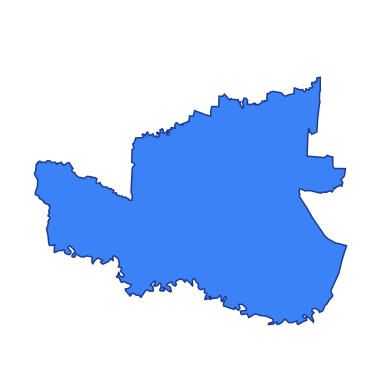 outline of Kota Jakarta Selatan, Jakarta Raya, Indonesia, rotated 95°
{"feature_id": "22746128B93686700937380", "entity_name": "Kota Jakarta Selatan", "entity_type": "district", "adm_level": 2, "iso_a3": "IDN", "parent_name": "Indonesia", "parent_adm1": "Jakarta Raya", "projection": "albers", "projection_center": [106.81, -6.284], "detail": "fine", "context": "isolated", "style": "filled", "palette": "blue", "viewbox_px": 384, "rotation_deg": 95, "n_neighbors": 0, "source": "geoboundaries", "source_scale": "gbopen_adm2", "svg_char_len": 5994}
<svg xmlns="http://www.w3.org/2000/svg" viewBox="0 0 384 384"><g transform="rotate(95 192 192)"><path d="M267.3,304.8L266.7,302.9L264.4,302.5L264.0,301.8L266.2,297.4L266.2,294.0L264.9,291.6L265.2,287.0L265.8,285.7L268.9,285.8L271.4,285.3L272.1,284.5L269.0,283.1L265.9,279.9L268.0,275.0L269.7,277.0L271.1,275.9L271.5,274.2L268.4,269.0L265.6,267.4L265.7,266.0L267.0,265.5L267.2,264.6L263.2,265.2L262.2,263.4L265.5,259.3L270.3,258.1L272.9,258.9L273.7,255.4L277.4,256.2L279.8,253.0L281.6,252.4L282.7,253.7L281.9,256.4L280.9,257.1L279.1,257.4L278.6,258.0L281.4,258.7L282.8,259.8L283.4,259.6L283.8,257.0L287.4,255.2L288.2,254.1L287.1,251.7L288.9,247.8L289.4,244.5L290.5,244.5L293.5,246.7L294.3,249.9L295.7,249.8L301.0,244.6L300.2,243.7L298.5,243.6L298.0,242.2L299.7,238.2L299.2,235.2L301.0,234.5L301.2,233.5L294.0,229.5L293.4,227.9L294.5,225.6L294.2,222.3L293.5,221.9L289.6,222.8L288.0,225.1L284.4,222.5L284.2,220.8L286.6,220.9L287.7,221.8L289.0,221.0L288.5,218.4L285.4,216.1L286.1,214.9L289.2,214.6L292.5,215.6L293.1,215.1L293.2,211.8L292.5,210.9L291.0,211.3L289.6,212.8L289.3,212.3L293.4,205.1L293.0,204.1L292.3,204.0L288.3,205.6L287.2,209.0L286.2,209.2L285.3,208.4L283.5,204.4L286.0,203.2L287.1,200.5L285.5,199.4L283.8,200.6L281.9,199.7L280.1,197.1L279.7,195.1L280.2,193.6L282.4,191.2L282.1,190.7L280.3,190.8L279.9,189.9L282.9,185.9L285.5,183.4L284.9,183.1L280.2,184.1L278.7,183.2L278.2,182.2L281.7,179.5L283.3,177.4L285.8,177.7L288.0,176.5L288.6,174.3L287.6,172.8L287.4,171.2L288.5,170.8L291.3,170.9L291.8,168.4L292.9,168.3L294.7,169.5L297.9,169.8L297.6,168.1L294.2,165.3L294.3,164.3L294.9,163.8L296.5,165.5L297.2,165.5L297.4,164.8L296.3,162.3L295.2,157.1L292.5,154.9L293.5,154.1L298.1,153.4L298.6,152.4L293.8,150.4L293.2,149.2L295.4,148.6L297.5,150.4L301.8,150.9L302.7,150.6L305.2,140.5L305.0,139.5L303.2,139.3L302.9,138.8L305.4,136.6L305.6,135.6L304.7,134.4L303.2,134.1L299.9,135.8L299.5,134.2L299.8,131.8L302.4,128.3L304.6,127.5L305.2,128.0L306.5,133.4L309.1,132.7L309.7,131.5L308.5,126.5L312.1,124.4L308.3,119.1L308.1,117.1L309.0,113.9L309.2,107.5L311.2,101.1L312.8,99.9L314.3,99.9L315.8,103.5L316.8,104.5L317.4,104.2L316.5,99.8L314.3,96.6L314.5,96.0L316.5,95.7L316.1,93.9L314.1,91.1L310.5,88.3L313.6,84.4L313.4,80.6L311.1,76.1L314.0,75.9L314.7,74.5L311.2,69.7L309.8,66.5L307.2,67.0L307.0,67.7L307.7,69.5L306.8,70.7L305.3,70.5L304.3,69.4L306.9,64.9L311.1,59.8L309.8,59.6L305.1,61.9L303.9,61.7L301.6,59.9L300.0,62.3L298.8,62.4L297.0,59.6L299.0,55.3L300.8,54.6L299.4,51.9L298.1,51.0L293.6,49.8L291.6,47.7L287.3,45.8L284.2,43.2L282.8,42.8L279.3,44.9L277.3,44.8L260.0,38.6L246.9,36.7L232.0,33.4L230.1,45.2L226.9,52.2L224.4,55.7L207.2,69.8L197.2,76.7L187.2,84.6L184.8,84.3L183.2,85.2L179.8,85.1L179.7,84.7L179.5,83.5L181.0,79.8L180.3,74.6L181.9,64.1L180.4,60.1L180.8,59.1L180.4,57.7L179.0,55.2L179.1,53.2L179.8,52.5L177.5,51.2L175.3,51.0L175.8,49.5L174.1,48.3L173.6,46.4L172.1,45.2L173.3,43.3L169.5,42.6L166.7,44.7L162.7,41.6L155.3,41.2L156.1,51.8L155.4,53.3L154.1,54.0L144.8,54.8L144.5,58.1L143.6,60.4L146.2,63.0L146.2,80.5L123.6,81.6L118.9,81.2L120.0,80.2L122.3,80.9L122.5,78.8L124.1,77.6L121.3,72.9L107.3,73.2L92.5,72.7L92.0,72.3L87.8,73.2L81.4,73.5L80.3,73.0L66.6,74.2L67.5,77.5L71.0,77.4L71.1,78.9L72.4,79.0L72.4,82.0L74.5,82.2L77.0,81.1L78.0,81.6L78.0,83.9L80.2,84.5L79.3,87.5L82.2,88.0L82.0,89.7L80.3,90.6L80.8,93.5L79.4,98.7L79.6,99.2L85.3,99.0L86.4,103.3L88.4,107.4L87.9,108.8L85.9,110.9L85.3,112.9L84.7,120.1L85.7,122.8L87.5,124.4L87.4,125.7L94.6,125.5L94.7,127.6L95.5,127.9L95.2,130.0L96.6,130.1L99.4,133.6L99.2,135.7L98.8,136.1L100.3,136.8L98.2,136.9L98.0,137.6L99.7,140.6L99.6,144.7L95.7,144.6L93.9,146.6L94.0,148.4L98.2,149.4L103.4,147.9L103.8,149.9L102.1,150.2L100.3,152.0L98.0,151.4L98.7,152.8L95.9,154.2L96.5,156.2L96.0,157.3L96.3,160.1L95.5,161.3L97.0,162.6L91.7,168.1L94.0,169.9L94.2,173.4L104.6,172.8L105.1,179.8L110.1,180.4L114.8,179.8L113.7,186.1L110.7,196.5L116.2,197.4L116.5,201.1L122.0,201.2L122.1,202.6L122.8,202.6L124.2,206.2L126.3,207.0L125.0,208.0L126.5,210.1L124.4,213.0L124.8,214.2L127.5,215.0L130.0,214.4L129.5,218.2L130.4,218.6L131.4,217.8L132.4,221.1L135.6,219.6L137.2,220.2L137.1,222.1L134.3,221.3L132.8,221.8L134.8,223.2L135.9,225.9L132.7,226.1L131.6,227.1L133.0,229.3L135.5,228.7L136.6,229.1L135.5,231.6L136.0,232.3L136.8,232.0L138.5,229.4L139.7,229.7L140.7,230.9L140.7,231.5L139.2,232.2L140.2,234.9L137.5,235.8L139.5,239.3L136.2,241.6L137.1,242.5L140.2,243.5L138.5,245.2L139.0,246.6L141.3,245.6L142.6,246.2L142.4,248.9L143.1,252.8L148.1,253.9L149.3,255.3L152.5,254.0L154.1,254.0L155.0,255.4L167.7,254.6L168.6,252.0L169.7,251.3L173.3,253.6L197.6,252.7L200.9,251.1L205.3,251.3L205.7,252.0L205.5,253.9L204.4,254.4L204.3,255.7L202.8,257.5L203.7,259.5L202.2,261.0L202.5,262.0L201.5,266.6L199.6,267.2L199.3,267.9L200.0,269.2L199.9,270.2L199.2,270.6L197.7,269.9L196.9,270.4L196.7,271.7L195.8,272.5L195.9,275.4L194.5,277.0L194.6,281.4L192.0,283.8L190.6,284.4L191.5,286.1L191.3,288.1L190.0,288.5L187.3,287.8L186.3,289.1L185.4,297.3L188.1,301.6L187.2,303.6L187.4,305.0L186.8,307.1L184.4,310.0L183.0,310.4L182.8,312.0L181.6,313.5L180.6,313.7L179.0,312.6L173.5,317.0L174.2,319.2L175.3,320.0L176.4,322.3L173.7,324.9L175.0,326.9L174.9,328.1L176.3,329.0L174.2,330.6L174.8,333.6L174.3,335.6L173.5,335.9L173.5,339.0L175.4,340.3L175.1,341.1L175.6,344.6L174.8,345.2L174.6,346.8L176.2,348.4L177.1,348.0L177.7,349.5L184.4,349.6L187.7,350.6L193.8,346.6L200.1,346.5L206.0,348.0L208.5,347.7L208.6,345.3L212.1,343.0L212.3,341.8L214.9,338.2L215.7,338.4L217.5,333.0L218.3,333.2L218.8,332.2L223.8,333.1L224.6,332.2L228.4,333.4L228.9,331.9L229.9,331.3L234.1,332.9L234.3,332.3L238.9,332.9L241.0,333.8L248.0,331.6L256.0,330.2L257.7,329.2L257.4,326.3L256.4,324.3L263.8,324.1L264.1,322.9L261.9,319.6L261.8,316.4L260.7,314.8L261.2,313.9L262.7,313.9L263.8,313.2L264.9,310.9L265.1,308.6L263.7,307.4L261.7,307.4L258.4,310.8L257.0,310.3L256.4,308.8L259.3,305.0L261.6,303.3L262.5,303.4L263.3,304.7L265.5,306.0L266.8,305.9L267.3,304.8Z" fill="#3b82f6" stroke="#1e3a8a" stroke-width="1.5"/></g></svg>